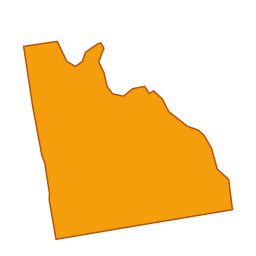 the district of Osage, Missouri, United States of America, rotated 80°
{"feature_id": "52423323B54445613947141", "entity_name": "Osage", "entity_type": "district", "adm_level": 2, "iso_a3": "USA", "parent_name": "United States of America", "parent_adm1": "Missouri", "projection": "robinson", "projection_center": [-91.946, 38.498], "detail": "fine", "context": "isolated", "style": "filled", "palette": "amber", "viewbox_px": 256, "rotation_deg": 80, "n_neighbors": 0, "source": "geoboundaries", "source_scale": "gbopen_adm2", "svg_char_len": 594}
<svg xmlns="http://www.w3.org/2000/svg" viewBox="0 0 256 256"><g transform="rotate(80 128 128)"><path d="M224.1,39.2L196.1,37.8L184.0,47.2L162.3,49.3L148.4,54.4L142.5,58.9L136.7,69.1L118.9,85.1L105.4,89.2L95.8,96.4L97.8,101.0L89.9,104.5L90.1,116.6L95.9,127.0L91.7,137.2L83.6,141.4L69.9,142.0L57.8,145.3L45.2,137.9L39.6,140.0L39.7,142.7L46.0,156.7L54.7,161.5L58.2,169.3L51.7,176.7L30.4,182.7L30.0,197.9L29.5,216.6L90.2,218.1L140.2,217.6L147.6,216.0L178.8,216.7L185.2,218.1L225.1,218.2L225.5,153.8L225.6,141.9L226.5,39.1L224.1,39.2Z" fill="#f59e0b" stroke="#b45309" stroke-width="1.5"/></g></svg>